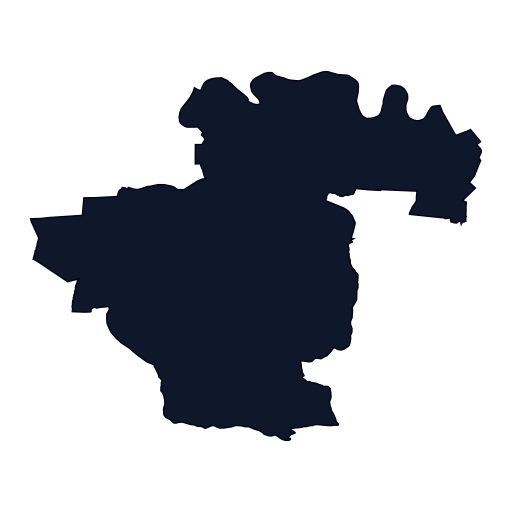 outline of Valea Vinului, Satu Mare, Romania
{"feature_id": "2599482B77200705229767", "entity_name": "Valea Vinului", "entity_type": "district", "adm_level": 2, "iso_a3": "ROU", "parent_name": "Romania", "parent_adm1": "Satu Mare", "projection": "natural_earth1", "projection_center": [23.187, 47.68], "detail": "fine", "context": "isolated", "style": "filled", "palette": "ink", "viewbox_px": 512, "rotation_deg": 0, "n_neighbors": 0, "source": "geoboundaries", "source_scale": "gbopen_adm2", "svg_char_len": 6021}
<svg xmlns="http://www.w3.org/2000/svg" viewBox="0 0 512 512"><path d="M290.3,438.4L288.0,438.1L287.9,437.8L288.6,436.7L290.8,434.6L294.8,433.2L295.1,432.8L294.9,432.4L293.0,431.0L290.0,430.0L290.0,429.3L294.0,428.0L301.7,427.3L303.9,426.5L305.2,426.7L310.6,425.5L312.5,425.6L313.9,424.8L317.3,424.5L326.7,425.4L331.4,425.6L334.4,425.1L338.2,425.1L338.4,424.8L338.3,424.1L336.4,422.0L335.0,417.5L333.3,413.8L331.8,411.4L331.2,409.9L331.0,408.3L330.1,406.2L329.5,401.6L330.5,399.2L331.0,397.1L330.9,394.7L330.1,388.5L328.4,386.8L327.7,386.4L323.7,386.4L322.9,386.2L322.3,385.5L318.6,384.5L316.7,383.5L310.2,382.3L309.8,381.6L307.1,381.8L304.9,379.8L303.0,378.6L302.1,377.4L301.9,376.8L304.0,375.7L302.0,371.9L302.1,370.4L301.4,368.0L301.0,363.3L300.6,361.7L300.7,360.9L301.1,360.8L303.2,360.9L308.7,361.8L311.3,361.5L311.9,361.2L314.8,358.5L316.1,358.0L321.0,358.7L324.1,356.9L327.2,355.5L328.1,354.3L330.4,352.1L333.8,347.5L338.9,349.8L341.4,349.9L344.2,349.0L348.6,346.0L349.4,344.8L349.9,343.4L350.6,339.2L350.5,335.4L351.8,332.4L352.0,328.7L350.5,324.5L350.4,322.5L350.9,320.2L352.0,317.8L352.2,316.2L352.2,313.6L352.5,312.0L352.5,310.1L352.1,309.0L352.3,307.7L352.8,306.4L356.6,299.9L356.8,290.4L358.0,287.5L357.7,286.1L358.0,285.4L357.8,284.6L357.9,283.9L357.4,282.0L357.7,280.7L358.0,274.9L356.9,273.2L355.7,272.5L354.8,270.7L353.8,269.9L354.1,269.6L352.3,268.0L350.3,263.5L350.1,259.9L349.2,257.7L349.1,256.1L348.8,255.8L349.2,254.2L348.8,253.7L348.4,251.5L349.0,250.0L349.0,248.8L348.8,247.9L348.1,247.1L348.4,245.8L347.9,244.0L348.3,243.6L348.9,243.8L349.7,243.2L352.2,242.2L352.1,241.6L351.0,240.9L351.2,240.1L353.4,238.8L351.3,238.7L351.8,235.9L353.3,230.9L355.2,223.1L352.3,216.0L348.7,211.6L346.4,209.6L343.2,207.8L325.6,200.7L326.6,197.6L326.4,196.6L327.1,195.2L328.7,192.6L329.4,192.8L330.5,192.4L331.5,192.8L332.2,193.4L333.5,193.4L333.9,193.0L336.4,193.9L337.5,195.0L338.3,195.0L338.5,194.7L339.8,195.2L339.5,195.4L340.0,196.2L340.7,195.9L341.2,196.3L342.5,196.4L343.6,196.0L345.3,195.0L348.4,195.3L350.5,194.5L352.8,194.1L353.6,193.6L355.9,188.5L368.2,189.7L380.6,190.4L380.9,189.6L417.0,191.1L416.4,197.5L416.5,199.7L416.3,200.9L415.7,202.3L412.3,207.1L409.6,213.1L409.5,214.3L442.2,217.7L443.7,217.3L443.9,217.5L443.9,217.9L444.5,218.3L446.0,218.6L449.6,217.9L450.7,218.7L450.5,220.6L451.2,222.0L452.1,221.9L453.5,222.6L456.3,223.0L457.2,222.7L458.1,221.6L460.2,221.1L461.0,221.8L460.9,222.8L461.2,224.1L461.5,223.3L462.7,222.3L465.7,221.3L465.7,217.5L466.4,216.5L465.9,215.8L465.8,215.0L466.0,210.7L465.9,205.7L466.2,204.7L466.3,202.2L462.5,200.6L475.4,188.0L470.9,183.9L469.2,182.7L474.2,176.1L475.2,174.2L475.7,172.5L480.6,160.4L479.2,158.9L479.4,158.6L478.8,158.2L479.4,156.1L481.1,152.7L481.3,150.6L480.5,148.9L479.7,147.8L476.7,144.9L480.5,141.6L470.4,129.5L467.3,131.2L455.7,135.4L442.3,111.7L440.0,105.5L433.0,106.3L431.7,107.0L429.7,109.4L426.0,116.2L424.3,118.4L423.0,119.3L419.0,120.7L417.0,120.8L413.6,120.1L410.7,118.7L408.9,117.3L407.7,115.1L406.4,112.4L405.8,110.2L405.8,105.0L407.7,98.6L407.4,94.2L405.6,90.9L403.8,88.5L400.7,86.4L395.5,85.3L392.0,85.4L388.7,88.1L387.0,89.7L386.1,91.3L383.4,100.3L383.3,103.7L382.1,107.7L381.6,110.5L380.7,113.1L378.4,115.8L374.1,117.7L371.6,118.2L367.3,118.5L365.7,118.2L362.5,115.9L361.2,114.2L359.0,109.9L356.6,101.6L356.4,100.2L358.0,92.7L358.4,86.4L358.2,84.0L357.4,82.1L355.5,80.2L349.0,75.8L346.8,75.2L337.8,74.6L328.0,71.8L325.2,71.7L322.5,72.0L313.5,75.1L308.6,77.5L301.2,80.4L298.4,80.9L291.2,80.3L287.8,79.6L284.0,78.1L276.1,76.0L274.9,75.2L272.8,73.1L271.3,72.6L268.0,72.6L264.3,73.5L254.8,78.5L253.3,79.9L251.0,83.3L250.7,85.0L250.8,86.8L251.7,91.1L253.8,94.1L258.7,99.0L259.7,101.0L260.2,103.5L259.3,104.3L257.5,104.6L255.6,104.5L252.8,103.8L250.4,102.5L248.6,101.8L248.1,101.2L248.2,99.5L247.1,97.6L241.8,93.0L236.8,89.2L231.8,84.2L228.9,82.1L227.6,80.7L221.6,77.9L215.8,78.1L211.4,78.9L207.6,80.4L205.6,81.7L204.2,83.2L201.9,87.6L201.0,90.4L198.5,90.1L194.4,87.8L193.3,91.5L189.8,98.1L181.4,108.7L179.9,112.6L179.2,117.3L179.7,121.2L180.3,122.6L181.2,123.7L184.0,125.8L185.8,126.7L187.5,127.1L197.9,127.0L203.1,132.5L201.8,134.0L201.5,135.0L204.0,137.3L204.5,138.4L204.7,139.5L204.4,140.5L201.9,144.6L195.4,144.6L195.3,163.9L200.7,163.8L200.8,165.3L201.2,166.7L202.5,169.6L204.1,175.3L205.3,178.6L201.0,179.5L197.4,181.1L184.0,189.7L177.7,189.6L173.6,186.9L172.3,186.4L164.8,184.8L161.0,184.7L157.8,184.7L150.3,186.3L147.3,186.6L140.6,188.9L137.6,189.6L134.0,189.2L128.6,187.5L128.3,187.5L127.7,189.3L125.4,188.0L122.3,187.5L121.4,189.0L119.9,190.0L118.7,191.5L117.8,195.0L117.2,196.6L95.8,197.7L83.9,197.9L82.4,215.4L49.0,217.6L40.7,218.5L30.7,218.8L31.1,221.0L38.7,237.8L38.6,239.1L37.2,243.9L37.1,245.5L36.6,246.8L35.9,250.2L35.5,251.0L35.1,251.0L35.2,251.8L33.2,259.2L35.3,260.1L39.6,262.8L67.7,281.7L78.8,278.8L78.1,279.6L77.3,281.1L77.2,282.3L75.9,285.5L75.4,287.7L75.7,288.5L75.6,289.3L74.7,291.2L74.8,292.7L74.4,294.4L74.0,294.7L73.7,297.0L73.4,297.4L73.5,298.9L73.0,300.1L72.5,303.2L72.5,304.6L72.1,306.8L72.6,308.4L72.3,311.6L84.4,312.1L89.9,311.9L90.9,311.7L91.1,311.4L91.0,310.3L91.3,309.1L91.8,308.4L94.7,307.1L96.4,308.0L100.2,307.3L109.0,306.5L109.3,308.8L109.1,310.0L108.1,312.0L106.8,314.0L106.7,317.9L107.1,323.0L107.5,324.4L110.5,331.3L111.2,332.4L116.1,338.1L121.3,342.8L128.8,347.7L136.4,354.2L146.7,361.7L153.7,364.7L158.3,374.2L158.9,377.0L160.6,378.5L162.0,380.4L161.8,381.7L161.4,382.6L161.4,385.9L161.0,386.9L161.0,390.6L161.3,391.5L162.4,392.3L163.0,393.4L163.7,395.3L164.6,399.3L165.0,403.8L163.7,408.2L163.6,410.1L164.0,414.9L165.9,417.4L169.8,419.3L173.8,422.9L175.8,423.1L178.2,422.4L182.1,422.0L190.4,424.4L194.8,425.0L197.4,426.3L201.3,426.4L205.4,428.3L211.8,425.6L214.3,425.6L218.0,427.5L220.0,428.0L223.4,428.0L231.9,426.7L235.8,425.4L241.9,425.8L245.1,426.7L248.5,426.6L254.5,429.1L259.4,430.6L263.0,432.9L263.6,433.8L264.1,434.2L269.0,435.8L271.5,435.9L275.5,434.9L281.4,438.9L283.5,439.8L285.7,440.3L289.2,440.2L290.2,439.5L290.3,438.4Z" fill="#0f172a" stroke="#020617" stroke-width="1.5"/></svg>